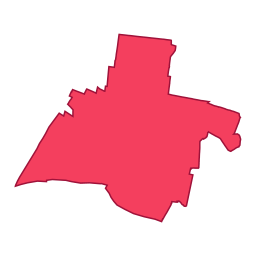 Gighera, Dolj, Romania (orthographic projection)
{"feature_id": "2599482B25349704513245", "entity_name": "Gighera", "entity_type": "district", "adm_level": 2, "iso_a3": "ROU", "parent_name": "Romania", "parent_adm1": "Dolj", "projection": "orthographic", "projection_center": [23.823, 43.841], "detail": "fine", "context": "isolated", "style": "filled", "palette": "rose", "viewbox_px": 256, "rotation_deg": 0, "n_neighbors": 0, "source": "geoboundaries", "source_scale": "gbopen_adm2", "svg_char_len": 5296}
<svg xmlns="http://www.w3.org/2000/svg" viewBox="0 0 256 256"><path d="M239.0,113.5L234.3,111.7L234.1,111.6L233.5,111.4L232.4,111.1L231.9,111.0L231.0,110.7L230.4,110.4L230.1,110.3L229.2,110.1L228.4,110.0L227.8,109.8L226.8,109.5L225.8,109.2L225.6,109.0L224.5,108.6L221.2,107.5L219.8,107.1L219.3,107.0L218.8,106.9L218.7,107.0L218.6,106.9L218.2,106.8L216.9,106.4L216.7,106.3L215.8,106.1L214.5,105.8L213.7,105.5L213.4,105.4L211.8,104.7L211.2,104.4L210.0,104.0L209.1,103.6L207.6,103.0L207.8,102.8L207.9,102.7L209.0,101.7L208.9,101.7L205.9,101.2L202.4,100.7L201.2,100.6L198.3,100.0L193.8,99.2L192.6,98.9L191.3,98.6L191.2,98.6L188.7,98.2L187.3,97.9L183.4,97.2L182.7,97.1L182.3,97.0L182.1,97.0L179.1,96.4L174.0,95.4L173.2,95.3L172.8,95.2L172.7,95.2L171.4,94.9L169.5,94.4L168.3,94.1L169.1,87.5L169.3,86.3L169.5,84.4L169.7,83.2L169.7,82.6L169.8,81.5L169.8,81.4L170.1,79.1L170.4,77.0L170.4,76.6L167.8,76.1L167.9,75.5L167.9,74.8L168.0,74.5L168.1,73.7L168.2,73.0L168.3,72.5L168.3,72.3L168.4,71.4L168.6,70.3L168.7,69.6L168.8,69.1L168.9,68.3L168.9,68.1L169.1,68.0L169.2,67.8L169.2,67.6L169.2,67.4L169.3,67.2L169.4,66.9L169.4,66.3L169.4,66.1L169.3,65.7L169.4,65.0L169.4,64.7L169.5,64.3L169.5,63.9L169.8,61.5L170.1,59.3L170.2,58.9L170.2,58.6L170.4,57.0L170.5,56.9L170.6,56.7L170.7,56.4L171.1,55.9L171.4,55.6L171.9,54.9L172.5,54.2L173.1,53.5L173.5,52.9L173.7,52.7L173.9,52.4L174.0,52.2L174.5,51.4L174.9,51.0L175.0,50.7L175.2,50.4L175.3,49.7L175.5,48.7L175.5,48.4L175.6,48.0L175.7,46.8L175.8,46.1L174.3,45.6L173.7,45.4L171.8,44.8L171.7,44.8L171.5,44.7L171.4,44.6L171.3,44.4L171.3,44.2L171.3,42.0L171.3,41.6L171.3,40.7L171.2,40.3L171.1,40.2L170.9,40.2L170.3,40.1L169.4,40.0L166.8,39.7L164.1,39.3L163.1,39.2L162.9,39.2L159.8,38.9L157.4,38.6L150.7,37.9L149.8,37.8L146.4,37.4L140.5,36.8L137.6,36.5L130.2,35.6L128.6,35.5L125.4,35.1L120.6,34.6L119.3,34.4L119.1,34.4L119.0,35.1L118.1,41.7L117.7,45.0L117.2,48.5L116.3,54.2L116.1,56.2L115.6,59.6L115.0,60.8L114.9,62.4L114.3,67.3L108.9,66.6L107.7,79.7L107.1,86.4L105.5,86.2L104.8,91.2L104.3,91.1L103.8,90.9L102.3,90.1L99.7,88.9L97.6,87.1L96.1,93.2L93.7,92.0L86.8,89.0L86.7,89.0L84.8,92.8L84.3,93.9L84.3,94.0L82.9,93.5L77.0,91.3L72.6,89.6L71.7,91.8L71.4,91.6L70.5,93.5L69.4,96.0L72.1,97.3L72.0,97.5L71.9,97.8L71.7,98.0L71.5,98.3L71.4,98.6L71.3,98.8L71.2,98.9L71.1,99.1L70.5,99.8L70.2,100.2L69.8,100.8L69.6,101.1L69.4,101.4L69.2,101.7L69.0,102.1L68.9,102.4L68.8,102.5L68.7,102.7L68.1,103.7L67.7,104.2L71.1,107.6L71.3,108.0L73.0,109.7L72.9,116.4L71.1,115.3L65.0,111.3L63.7,116.0L62.7,115.4L59.2,113.2L49.0,127.0L45.6,133.6L42.7,138.6L39.5,143.5L37.0,148.7L19.6,177.2L17.5,181.1L15.6,185.3L15.4,186.2L21.1,184.4L27.5,182.8L37.5,181.1L46.5,181.6L46.6,180.3L52.3,179.5L65.9,180.3L71.5,181.6L80.6,183.1L89.4,182.8L100.3,183.7L101.6,183.6L107.2,185.2L105.5,188.3L109.2,193.3L111.1,197.4L113.8,201.3L117.0,205.0L125.0,209.4L133.6,213.6L144.1,216.7L155.1,219.2L161.6,221.6L162.5,219.3L162.7,219.5L165.2,215.0L166.7,212.6L171.0,204.8L171.1,204.4L171.2,204.0L171.3,203.8L171.3,203.6L171.2,203.4L171.3,203.3L171.4,203.2L171.8,203.0L171.8,202.9L171.8,202.3L171.9,202.0L171.9,201.9L171.9,201.6L174.5,201.9L175.3,202.0L176.0,202.1L176.9,202.1L177.5,202.1L177.2,201.3L177.3,201.3L177.6,201.2L178.1,201.2L178.3,201.1L178.5,201.1L178.8,201.1L179.0,201.2L179.3,201.3L179.6,201.5L179.9,201.8L180.1,201.9L180.2,202.1L180.4,202.3L180.6,202.5L181.0,202.9L181.6,203.8L181.8,204.1L182.0,204.3L182.2,204.5L182.3,204.6L182.8,204.9L183.0,204.9L183.2,205.0L183.3,205.0L183.4,205.3L183.5,205.5L183.8,205.7L183.8,205.8L184.0,206.0L184.3,206.2L185.3,206.3L185.5,206.3L186.4,205.9L188.7,194.9L192.9,174.9L189.3,174.1L190.6,168.5L191.2,168.7L191.2,168.4L191.1,168.2L192.6,168.1L193.6,168.0L194.1,168.0L194.4,168.0L194.6,168.1L194.9,168.1L195.3,168.1L195.6,168.1L195.9,168.1L198.5,168.1L198.6,167.9L198.7,167.7L198.7,167.3L198.8,167.3L198.8,167.1L199.0,163.7L199.0,162.5L199.0,162.1L199.1,161.6L199.1,161.1L199.1,160.3L199.2,158.3L199.3,157.5L199.3,157.0L199.3,156.7L199.4,154.4L199.4,154.1L199.5,152.9L199.6,151.5L199.6,151.1L199.6,150.6L199.7,150.1L199.8,147.8L199.8,146.3L199.8,145.0L199.8,143.4L199.9,141.4L200.2,141.0L202.0,139.3L202.5,138.8L202.8,138.6L203.0,138.5L203.5,139.1L204.4,138.6L205.9,137.7L206.3,137.2L206.4,136.9L206.7,136.9L206.9,136.6L207.1,136.0L207.2,135.5L207.7,133.7L207.7,132.7L207.9,132.5L208.3,132.2L208.5,131.9L208.6,132.0L211.0,133.4L212.2,134.1L213.0,134.5L214.2,135.2L215.8,136.1L217.5,136.9L218.8,137.6L219.6,138.1L220.2,138.5L220.4,138.7L220.7,139.1L221.2,139.9L221.5,140.4L222.7,142.2L224.4,144.7L224.9,145.5L225.4,146.2L226.4,147.6L227.9,149.8L228.1,150.1L228.9,150.5L229.6,150.9L230.7,151.3L230.9,151.3L231.5,150.8L233.3,149.8L234.3,149.2L235.7,148.2L236.7,147.6L237.4,147.3L238.3,147.0L239.0,146.7L238.9,146.2L239.3,145.9L239.7,145.5L239.9,145.1L240.2,141.3L240.6,139.6L240.5,138.7L240.0,137.2L239.9,136.6L239.8,136.2L239.5,135.8L239.0,134.9L238.6,134.7L237.4,133.9L236.8,134.0L233.8,134.1L234.0,133.9L234.2,133.7L235.1,131.4L235.3,130.8L236.3,128.3L236.5,127.7L237.0,126.5L237.4,125.3L237.9,124.1L238.0,124.0L238.1,123.7L238.6,122.4L239.1,120.9L239.6,119.0L240.0,118.0L240.1,117.8L240.2,117.5L240.3,117.5L240.4,117.4L240.1,117.1L239.9,117.0L239.9,116.9L239.8,116.7L239.7,116.5L239.5,116.2L239.2,114.5L239.0,113.5Z" fill="#f43f5e" stroke="#9f1239" stroke-width="1.5"/></svg>